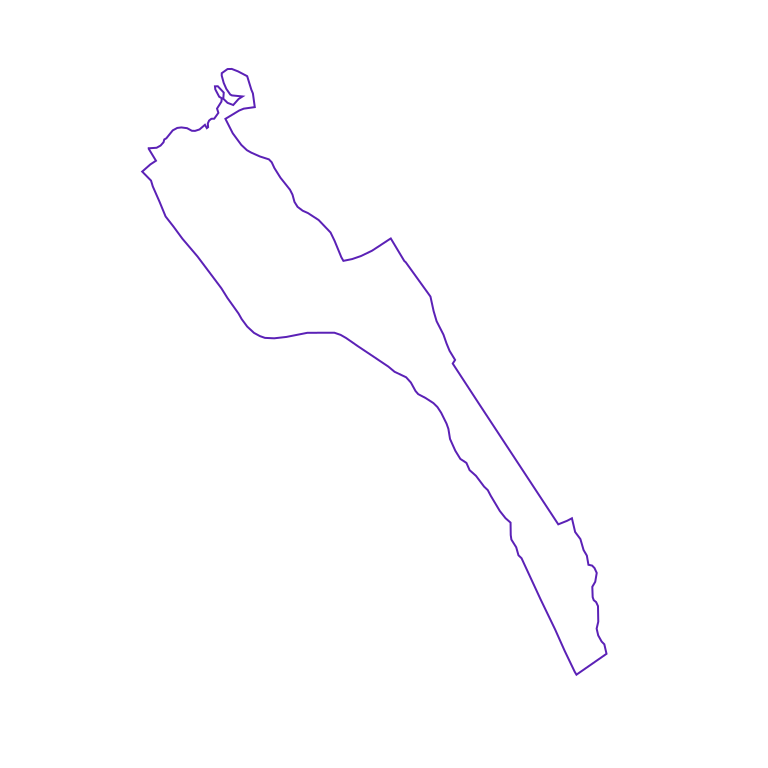 outline of Gagaemauga I (PART), A'ana, Samoa, rotated 326°
{"feature_id": "51752279B78880498357537", "entity_name": "Gagaemauga I (PART)", "entity_type": "district", "adm_level": 2, "iso_a3": "WSM", "parent_name": "Samoa", "parent_adm1": "A'ana", "projection": "albers", "projection_center": [-171.869, -13.827], "detail": "fine", "context": "isolated", "style": "outline", "palette": "violet", "viewbox_px": 768, "rotation_deg": 326, "n_neighbors": 0, "source": "geoboundaries", "source_scale": "gbopen_adm2", "svg_char_len": 2136}
<svg xmlns="http://www.w3.org/2000/svg" viewBox="0 0 768 768"><g transform="rotate(326 384 384)"><path d="M437.8,69.8L438.6,65.8L442.7,52.3L437.8,43.2L434.0,37.7L430.4,35.4L423.3,35.6L421.9,37.6L419.5,44.7L418.3,51.2L418.4,58.0L419.3,59.7L427.5,66.5L422.8,66.4L415.0,68.4L411.5,63.4L410.3,57.6L414.1,52.8L412.7,44.2L410.3,42.7L408.9,45.4L408.0,53.7L409.3,56.4L407.1,59.0L399.6,62.3L398.3,66.6L391.6,69.1L389.2,67.6L386.3,67.8L383.6,69.5L381.8,72.7L380.2,72.8L380.5,69.0L373.4,69.8L368.9,68.5L366.3,66.6L363.8,61.8L359.5,58.0L355.8,56.1L350.7,55.6L340.9,58.6L338.6,58.4L336.4,60.3L332.1,61.4L327.6,61.0L320.0,56.6L320.5,56.8L319.8,71.4L313.1,71.3L302.3,72.7L304.6,85.1L302.8,90.9L299.8,107.5L296.6,123.0L297.5,135.9L298.1,150.8L300.7,174.0L302.7,213.8L302.3,225.2L302.8,244.2L302.3,250.6L302.7,259.9L304.8,268.9L307.9,274.9L311.1,279.2L318.5,284.7L329.4,290.4L349.1,298.7L371.5,313.7L375.5,319.0L378.3,324.7L383.3,337.6L397.3,371.9L399.6,379.8L406.1,390.8L407.1,397.8L406.2,407.5L406.7,411.6L410.6,418.8L414.3,427.5L415.4,433.0L415.3,439.8L413.7,451.8L412.3,457.2L408.0,466.5L405.8,479.2L405.4,488.8L408.2,495.5L406.8,503.3L408.9,511.6L409.6,525.1L410.7,530.0L410.0,536.3L409.0,554.1L409.7,563.2L411.4,569.7L404.6,580.1L402.6,584.2L402.3,593.3L399.7,601.2L400.6,605.3L393.4,650.0L388.6,683.2L384.6,706.0L381.2,729.1L381.0,732.6L417.6,732.1L421.1,723.0L420.4,719.2L421.0,712.2L423.5,705.7L428.7,700.9L437.2,687.8L437.9,683.4L437.0,680.5L437.8,677.4L443.3,668.6L448.5,666.1L454.7,659.6L455.6,654.3L455.0,650.9L452.4,648.2L456.2,639.7L456.6,633.3L460.1,622.4L459.7,613.6L464.7,600.4L459.3,599.8L450.0,597.8L451.7,452.6L452.4,405.5L456.4,403.8L456.9,393.2L458.5,385.4L460.9,376.3L462.7,361.4L465.9,351.3L471.4,337.5L470.1,295.2L469.6,293.4L471.0,267.1L448.6,266.8L436.3,265.0L427.4,262.6L419.2,259.2L419.5,255.1L423.1,237.6L424.4,228.5L421.5,211.5L416.5,199.7L413.5,194.9L411.4,188.8L411.6,183.0L414.0,175.9L414.7,170.4L413.5,155.0L413.9,143.6L414.9,137.4L414.2,133.4L408.3,125.9L403.3,117.9L401.1,113.5L399.4,106.0L398.8,91.6L400.8,75.5L416.9,76.3L421.7,77.3L431.7,82.2L437.8,69.8Z" fill="none" stroke="#5b21b6" stroke-width="2"/></g></svg>